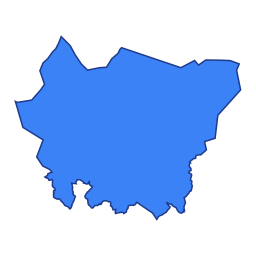 Kynousa, Paphos, Cyprus (Natural Earth projection)
{"feature_id": "46923920B40199798035412", "entity_name": "Kynousa", "entity_type": "district", "adm_level": 2, "iso_a3": "CYP", "parent_name": "Cyprus", "parent_adm1": "Paphos", "projection": "natural_earth1", "projection_center": [32.509, 35.034], "detail": "fine", "context": "isolated", "style": "filled", "palette": "blue", "viewbox_px": 256, "rotation_deg": 0, "n_neighbors": 0, "source": "geoboundaries", "source_scale": "gbopen_adm2", "svg_char_len": 2940}
<svg xmlns="http://www.w3.org/2000/svg" viewBox="0 0 256 256"><path d="M239.2,63.9L230.2,60.6L220.7,60.2L205.7,60.0L198.5,65.1L194.6,60.5L180.9,67.7L121.6,47.7L120.1,49.1L117.9,53.5L111.9,58.6L106.5,67.2L99.7,67.7L87.5,70.1L81.4,64.1L75.2,54.9L70.3,45.8L61.2,36.6L58.6,43.2L55.8,48.7L52.5,52.0L47.9,58.5L43.0,63.0L39.9,70.7L44.5,84.3L40.6,89.9L31.7,100.1L17.2,102.4L15.4,101.5L22.9,127.4L43.1,139.9L36.7,157.0L42.7,166.0L49.6,169.4L52.0,172.2L48.0,173.6L47.6,175.3L45.4,176.7L44.9,177.0L45.5,177.4L46.3,178.0L47.3,177.8L48.3,178.9L48.7,179.6L49.0,180.3L49.7,180.2L50.6,180.1L51.5,179.5L51.8,179.5L52.6,180.2L52.5,181.6L52.5,184.1L52.3,185.0L52.6,186.6L55.0,188.6L55.4,189.9L54.9,190.4L53.8,190.4L53.6,191.3L53.4,192.2L54.2,193.5L53.4,194.3L53.5,194.9L53.7,197.1L53.9,197.4L54.9,198.1L57.7,199.3L58.8,198.8L59.5,198.9L60.3,199.9L60.8,200.8L62.5,202.3L63.5,203.5L64.7,205.3L65.6,205.8L68.4,207.0L69.7,208.9L70.3,208.7L70.6,208.2L71.0,207.9L71.3,207.3L71.5,206.3L71.9,205.9L72.0,205.8L71.8,205.0L72.0,204.4L72.8,203.1L73.1,201.8L73.8,201.2L74.0,200.2L75.4,196.3L73.0,194.4L73.3,192.3L72.3,189.8L72.7,187.2L72.3,186.3L72.2,184.9L71.7,183.2L73.7,183.5L76.2,183.7L75.9,183.1L75.9,181.9L76.7,181.0L77.0,179.8L80.0,179.7L83.7,182.2L83.5,183.1L85.5,183.5L86.2,184.0L87.8,183.9L89.2,181.5L89.4,181.7L89.4,184.1L90.1,185.1L91.0,186.0L92.0,185.9L92.1,187.5L89.1,190.5L88.8,191.3L87.4,192.0L85.3,195.3L84.9,196.9L86.0,198.5L87.6,199.1L87.8,200.8L88.0,202.1L88.0,203.6L89.0,205.3L90.0,206.0L91.8,208.0L93.1,207.8L94.0,206.6L94.4,206.0L95.1,205.5L95.7,205.5L97.2,205.5L97.9,205.3L99.1,203.9L99.9,204.6L100.5,203.9L100.7,204.2L101.4,204.0L102.5,201.6L104.9,200.6L105.5,200.9L107.0,200.9L108.1,201.6L110.4,202.0L110.8,204.0L110.5,205.9L111.4,206.2L112.3,207.6L113.1,209.9L115.8,209.5L115.2,212.0L115.5,213.5L116.0,213.5L116.8,213.0L118.7,212.8L120.4,212.5L121.4,212.1L121.9,212.5L123.3,212.4L123.8,213.5L125.5,212.6L126.3,211.9L126.8,209.6L128.2,207.9L127.9,207.3L128.5,205.7L131.2,205.1L132.7,205.3L133.7,205.3L135.0,204.7L136.0,203.5L136.8,202.3L152.6,213.1L156.8,219.4L158.4,216.6L159.9,215.7L162.5,214.7L164.2,213.3L166.2,212.3L167.9,209.8L169.2,208.7L170.1,206.8L168.6,205.5L168.2,204.6L167.3,204.0L166.9,202.7L167.8,202.9L168.7,203.7L170.7,204.2L171.7,204.1L172.3,205.6L176.4,207.9L177.5,210.6L179.5,212.7L181.8,213.1L182.9,212.1L183.9,212.0L183.5,210.8L183.7,210.1L184.5,210.4L184.2,209.6L184.0,206.4L185.5,202.8L184.1,197.4L185.3,197.1L187.1,195.3L188.0,194.0L189.2,192.7L189.6,191.4L190.9,191.1L191.4,190.0L191.8,188.3L192.3,185.8L191.4,183.8L191.9,182.1L191.6,180.8L190.3,180.1L190.9,177.9L191.5,175.9L191.6,174.4L190.4,173.4L188.8,172.9L189.3,171.1L191.0,170.6L190.9,168.3L190.0,167.5L189.1,165.9L189.6,163.7L190.6,163.0L189.6,161.8L193.3,158.8L194.9,158.5L195.6,158.2L195.8,156.0L197.5,155.0L200.9,154.8L206.4,149.9L204.6,141.6L215.1,138.3L217.8,115.3L240.6,89.9L236.6,70.3L239.2,63.9Z" fill="#3b82f6" stroke="#1e3a8a" stroke-width="1.5"/></svg>